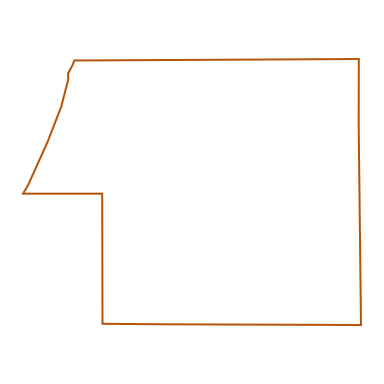 Van Buren, Michigan, United States of America
{"feature_id": "52423323B49576976104911", "entity_name": "Van Buren", "entity_type": "district", "adm_level": 2, "iso_a3": "USA", "parent_name": "United States of America", "parent_adm1": "Michigan", "projection": "albers", "projection_center": [-86.138, 42.245], "detail": "fine", "context": "isolated", "style": "outline", "palette": "amber", "viewbox_px": 384, "rotation_deg": 0, "n_neighbors": 0, "source": "geoboundaries", "source_scale": "gbopen_adm2", "svg_char_len": 293}
<svg xmlns="http://www.w3.org/2000/svg" viewBox="0 0 384 384"><path d="M358.8,59.0L74.2,60.5L72.6,65.0L68.0,73.7L68.3,79.2L61.2,106.7L47.3,142.6L27.9,185.4L23.0,193.7L102.2,193.7L102.5,323.8L167.1,324.3L361.0,325.0L358.7,126.4L358.8,59.0Z" fill="none" stroke="#b45309" stroke-width="2"/></svg>